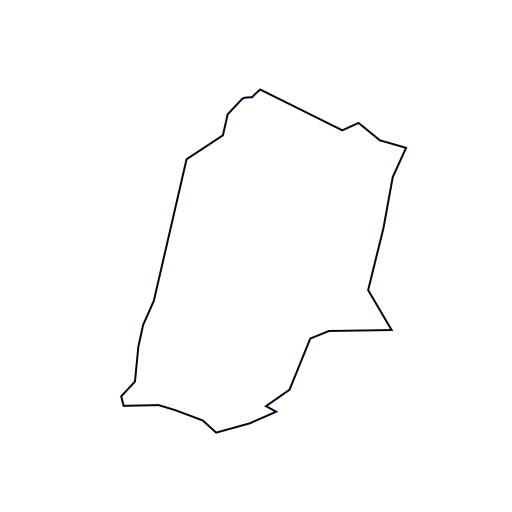 the district of Santa Ana Tavela, Oaxaca, Mexico, rotated 247°
{"feature_id": "50627088B65889438571597", "entity_name": "Santa Ana Tavela", "entity_type": "district", "adm_level": 2, "iso_a3": "MEX", "parent_name": "Mexico", "parent_adm1": "Oaxaca", "projection": "albers", "projection_center": [-95.889, 16.606], "detail": "fine", "context": "isolated", "style": "outline", "palette": "ink", "viewbox_px": 512, "rotation_deg": 247, "n_neighbors": 0, "source": "geoboundaries", "source_scale": "gbopen_adm2", "svg_char_len": 595}
<svg xmlns="http://www.w3.org/2000/svg" viewBox="0 0 512 512"><g transform="rotate(247 256 256)"><path d="M296.9,436.4L314.1,415.2L338.4,402.4L338.0,384.5L407.6,324.9L405.2,317.9L403.7,314.5L406.0,308.0L406.2,305.0L397.5,285.3L380.0,272.7L372.2,229.9L254.6,144.4L236.6,125.1L227.1,118.4L218.5,112.3L187.7,95.5L179.5,77.1L169.8,75.6L156.8,108.1L145.5,121.6L125.3,142.8L109.0,150.3L104.4,184.9L104.5,190.0L104.8,213.7L109.9,209.7L113.9,206.5L119.8,234.6L158.8,273.7L158.5,293.8L134.9,351.9L180.8,345.9L231.7,384.1L275.2,412.7L296.9,436.4Z" fill="none" stroke="#020617" stroke-width="2"/></g></svg>